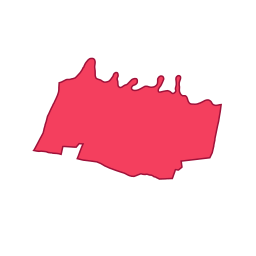 the district of Bivolari, Iasi, Romania, rotated 310°
{"feature_id": "2599482B79000451920011", "entity_name": "Bivolari", "entity_type": "district", "adm_level": 2, "iso_a3": "ROU", "parent_name": "Romania", "parent_adm1": "Iasi", "projection": "equal_earth", "projection_center": [27.4, 47.531], "detail": "fine", "context": "isolated", "style": "filled", "palette": "rose", "viewbox_px": 256, "rotation_deg": 310, "n_neighbors": 0, "source": "geoboundaries", "source_scale": "gbopen_adm2", "svg_char_len": 5777}
<svg xmlns="http://www.w3.org/2000/svg" viewBox="0 0 256 256"><g transform="rotate(310 128 128)"><path d="M106.7,175.9L106.9,176.2L107.2,177.2L107.3,177.8L107.4,178.9L107.4,179.2L107.6,179.6L107.9,180.1L108.2,180.7L108.3,181.1L108.3,181.7L108.4,182.0L108.8,183.5L108.9,183.8L108.9,184.0L109.0,184.5L109.1,184.9L109.2,185.0L111.2,187.2L113.0,189.2L114.4,190.6L114.8,191.1L116.0,192.4L117.3,193.8L117.7,194.4L117.8,194.4L119.3,193.9L120.8,193.3L124.9,191.8L126.1,191.2L126.6,191.1L126.9,191.4L127.7,192.9L128.3,193.7L130.6,194.1L132.0,194.4L132.5,194.5L132.8,194.4L134.7,192.3L136.2,190.7L136.8,190.0L157.8,209.8L163.2,208.4L169.5,205.2L169.7,204.9L172.5,203.4L174.4,202.4L174.6,202.3L175.6,201.5L177.0,200.7L178.9,199.7L187.4,195.1L191.2,193.2L194.2,191.4L197.6,189.4L199.5,188.3L201.6,187.0L205.3,184.6L205.8,184.3L205.1,183.6L203.1,182.0L202.1,181.1L201.4,180.2L201.1,179.6L200.9,178.9L200.7,178.3L200.7,177.9L200.7,177.5L200.8,176.8L201.3,175.5L201.5,174.9L201.6,174.4L201.6,173.6L201.5,172.7L201.3,171.9L201.0,171.4L200.7,171.0L200.3,170.6L199.9,170.2L199.3,169.8L198.7,169.4L197.8,169.0L196.3,168.4L193.6,167.2L192.7,166.6L191.5,166.0L190.2,165.0L189.7,164.5L189.1,163.9L188.7,163.2L188.0,162.4L187.1,161.2L186.8,160.5L186.6,160.0L186.5,159.6L186.6,159.1L186.6,158.4L186.9,157.7L187.2,156.9L188.1,155.4L188.8,154.4L189.2,153.6L189.5,152.8L189.6,152.3L189.5,151.4L189.4,151.0L188.9,150.4L188.5,149.9L187.8,149.1L187.7,148.5L187.6,147.4L187.9,146.2L188.5,144.9L188.9,144.2L189.3,143.7L190.5,142.6L192.0,141.5L192.8,140.8L193.8,139.6L194.8,138.8L195.5,138.2L196.8,137.6L199.4,136.6L200.4,135.9L200.8,135.5L201.1,135.0L201.1,134.4L201.1,134.0L200.9,133.5L200.6,133.1L200.2,132.7L199.6,132.5L198.4,132.3L197.2,132.6L196.0,133.5L195.1,134.5L194.0,135.6L192.3,137.1L190.7,138.0L189.5,138.5L188.4,139.2L187.8,140.0L187.6,140.4L187.3,140.7L186.8,141.0L186.4,141.0L185.6,141.1L185.1,141.0L184.4,140.9L183.8,140.6L183.4,140.3L183.1,139.9L183.0,139.4L182.9,138.7L182.9,137.8L182.9,136.7L182.7,136.0L182.3,134.9L182.0,134.3L180.7,133.1L178.9,131.6L176.1,129.5L175.7,129.1L175.5,128.5L175.5,128.0L175.7,127.5L176.1,127.1L176.9,126.6L177.7,126.2L179.3,126.0L181.5,125.9L182.9,125.6L185.5,124.9L187.0,124.4L188.3,124.0L189.0,123.4L189.5,122.6L189.7,122.1L189.8,121.5L189.6,120.8L189.3,120.2L189.0,119.8L188.5,119.4L187.7,119.1L186.8,118.9L185.9,119.0L185.0,119.1L184.0,119.7L183.0,120.6L181.9,121.4L180.7,122.1L180.1,122.2L179.6,122.3L178.8,122.3L177.7,122.1L176.7,121.7L175.7,121.1L174.2,119.7L173.4,118.5L172.2,115.8L171.2,114.6L170.6,114.1L166.1,112.4L163.9,111.4L162.4,110.4L161.3,109.3L160.6,108.4L160.3,107.7L160.1,107.0L160.1,106.3L160.3,105.6L160.6,105.3L161.1,104.8L161.9,104.5L162.7,104.4L163.7,104.5L164.4,104.9L165.2,105.3L166.2,105.8L166.8,105.9L167.8,106.0L168.4,105.9L169.0,105.7L169.5,105.3L170.3,104.7L170.8,104.1L171.0,103.6L171.1,103.2L171.1,102.8L170.9,102.4L170.5,101.8L170.0,101.2L169.1,100.6L168.3,100.1L167.4,99.8L161.9,99.4L161.0,99.3L160.1,99.0L159.1,98.2L158.1,97.8L156.8,97.4L155.1,96.9L154.3,96.3L153.9,95.9L153.7,95.4L153.7,95.1L153.7,94.6L153.8,93.8L154.1,93.2L154.8,92.4L157.1,90.2L158.3,88.4L159.1,87.8L159.9,87.5L161.0,87.2L161.6,86.9L162.2,86.4L163.2,85.1L163.4,84.5L163.3,83.9L163.0,83.4L162.5,82.9L161.7,82.6L160.8,82.4L159.7,82.6L158.1,83.2L157.5,83.3L156.9,83.4L156.6,83.3L155.0,83.5L153.7,83.5L152.6,83.5L151.3,83.2L150.2,82.5L149.5,82.0L148.7,81.3L148.2,80.8L147.8,80.1L147.6,79.4L147.4,78.7L147.3,78.0L147.2,76.6L147.1,76.2L146.8,75.3L146.5,74.7L145.9,73.1L145.7,72.2L145.7,71.8L145.7,71.4L146.0,70.8L146.8,69.5L147.6,68.7L148.9,67.6L150.7,66.0L151.8,64.8L153.2,63.3L154.3,62.5L155.3,61.9L156.8,60.9L157.8,60.0L158.7,58.7L158.9,57.8L158.9,57.3L158.7,56.5L158.3,55.9L158.1,55.6L157.3,54.8L157.0,54.5L156.5,54.2L155.8,54.0L155.1,53.8L154.5,53.7L152.2,53.7L150.2,53.8L147.4,54.5L146.5,54.9L145.9,55.0L145.6,54.8L143.2,55.4L141.6,55.6L139.7,55.8L137.3,55.7L134.9,55.6L132.8,55.4L132.4,55.3L131.7,54.9L130.4,54.1L129.3,53.2L128.2,52.5L127.5,51.9L126.0,50.1L125.1,49.5L120.4,47.5L118.4,46.2L114.1,49.4L113.7,49.8L112.5,50.7L110.9,51.7L109.7,52.2L107.7,53.0L106.3,53.4L104.3,54.0L103.2,54.3L101.9,54.6L100.5,55.0L99.4,55.3L97.9,55.5L96.8,55.9L94.1,56.5L88.3,58.1L87.6,58.3L87.1,58.4L85.8,58.7L85.3,58.8L82.6,60.1L81.2,60.8L80.9,60.9L80.4,61.2L78.3,62.0L77.1,62.5L76.5,62.9L73.1,64.4L72.9,64.6L69.6,66.2L65.9,67.0L63.8,67.4L58.0,68.7L52.7,69.8L50.5,70.2L50.2,70.2L50.6,70.9L51.1,71.9L51.6,72.8L52.7,74.5L53.3,75.2L54.5,76.4L54.7,76.7L55.2,77.5L55.8,78.3L57.2,80.5L57.5,81.1L57.5,81.3L57.6,81.6L57.7,81.8L58.0,82.7L58.7,83.8L59.2,84.6L59.4,84.9L59.6,85.1L59.8,85.3L60.1,85.9L60.5,86.8L60.7,87.0L61.0,87.4L61.4,88.0L62.6,89.6L63.5,91.0L63.9,91.7L64.4,92.8L64.8,93.7L66.8,92.7L67.7,92.2L71.9,90.0L72.4,90.5L72.7,90.8L73.9,92.4L77.5,97.3L78.2,98.3L80.0,100.6L81.0,100.6L81.9,100.6L84.6,100.6L86.9,103.8L83.3,104.9L78.9,106.4L74.8,107.9L71.9,108.8L73.7,112.5L74.2,113.5L74.7,114.4L75.1,115.1L75.5,115.6L76.3,116.9L76.8,117.6L77.3,118.4L78.6,120.4L79.0,121.1L79.5,121.8L79.9,122.5L82.1,126.0L82.2,126.4L82.3,126.8L82.6,127.7L83.1,129.3L83.2,129.7L83.4,130.3L83.5,131.1L83.6,131.7L83.7,132.1L83.8,133.0L83.9,133.4L84.0,134.4L84.1,134.7L84.6,136.4L84.9,137.5L85.5,139.7L85.8,140.6L86.2,141.6L86.8,143.3L87.3,144.7L88.0,146.6L89.3,149.9L90.9,153.8L91.2,154.8L91.4,155.5L91.5,156.2L91.7,157.0L91.9,157.9L92.2,159.0L92.5,159.9L93.0,160.9L93.2,161.4L93.6,162.1L94.1,162.7L94.6,163.5L94.8,163.7L95.1,163.9L96.5,164.7L98.4,165.7L100.5,166.9L100.8,167.0L101.1,167.2L101.3,167.4L101.7,168.3L102.0,168.9L102.5,169.7L102.7,170.1L103.0,170.5L103.5,170.9L103.5,171.1L103.7,171.3L104.3,171.7L104.4,171.8L104.6,172.0L104.8,172.3L105.0,172.7L105.2,173.1L105.5,174.0L105.7,174.4L106.0,175.0L106.3,175.4L106.7,175.9Z" fill="#f43f5e" stroke="#9f1239" stroke-width="1.5"/></g></svg>